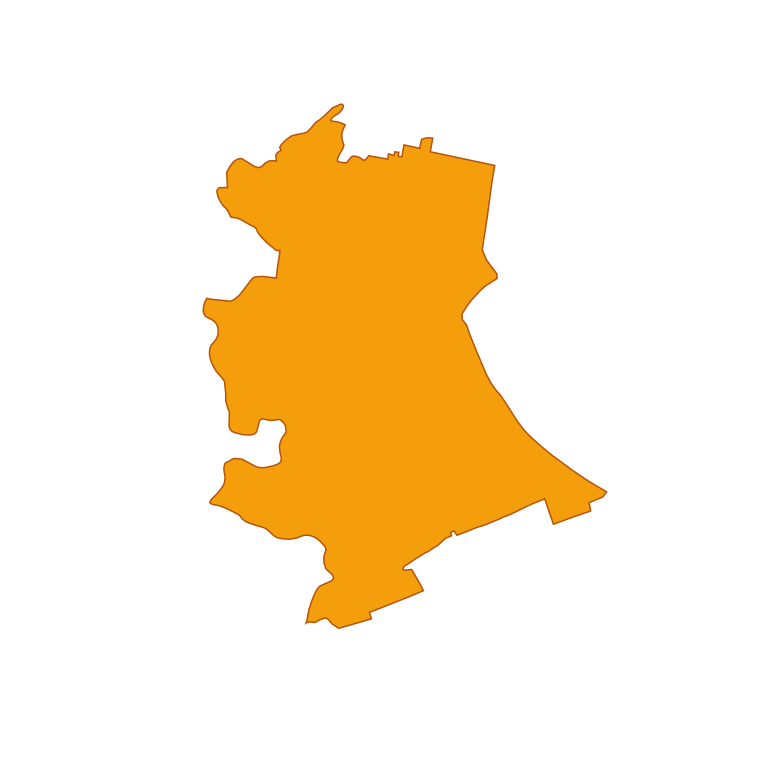 the district of Ninh Bình, Ninh Bình, Vietnam, rotated 32°
{"feature_id": "81297802B33091662264636", "entity_name": "Ninh Bình", "entity_type": "district", "adm_level": 2, "iso_a3": "VNM", "parent_name": "Vietnam", "parent_adm1": "Ninh Bình", "projection": "albers", "projection_center": [105.965, 20.245], "detail": "fine", "context": "isolated", "style": "filled", "palette": "amber", "viewbox_px": 768, "rotation_deg": 32, "n_neighbors": 0, "source": "geoboundaries", "source_scale": "gbopen_adm2", "svg_char_len": 5306}
<svg xmlns="http://www.w3.org/2000/svg" viewBox="0 0 768 768"><g transform="rotate(32 384 384)"><path d="M444.6,628.1L445.3,626.6L448.0,624.6L449.6,624.0L451.6,622.9L452.9,621.1L453.8,619.4L454.7,617.8L456.2,615.8L457.3,614.6L458.6,613.4L459.7,613.1L462.2,613.3L465.0,614.5L467.8,615.0L475.1,615.1L490.0,598.6L497.8,589.8L492.7,585.4L518.0,551.1L526.9,538.4L523.1,535.9L505.8,526.6L503.3,528.5L500.1,531.0L499.0,531.2L497.9,530.4L497.6,529.4L498.1,527.1L499.5,524.4L503.3,515.7L508.4,505.4L510.2,502.6L513.2,496.1L515.0,492.7L518.0,482.1L521.7,476.9L519.2,474.7L521.0,471.5L526.0,473.6L532.7,464.8L539.0,456.1L544.0,450.4L553.4,437.3L555.4,434.1L560.2,427.7L570.4,411.4L573.0,407.4L581.2,396.3L584.0,398.5L589.1,402.7L593.1,406.0L598.4,410.2L600.7,412.1L602.0,413.2L610.8,401.8L619.6,390.7L626.2,382.6L626.5,381.9L620.7,376.1L626.4,368.0L627.8,366.3L628.9,364.7L629.6,362.8L629.6,360.6L629.9,357.5L619.0,357.8L609.2,358.0L608.5,358.0L598.2,357.7L588.2,357.2L576.7,356.3L565.1,355.5L560.4,354.9L557.6,354.6L548.3,353.2L538.8,351.6L530.2,349.7L524.0,347.7L518.0,345.4L509.9,341.6L497.3,335.6L488.5,331.7L481.6,329.7L474.6,326.6L466.7,322.3L458.5,316.5L449.3,310.2L434.8,299.7L429.7,295.9L422.6,290.2L416.2,287.8L414.8,285.8L413.0,283.2L413.1,275.4L413.5,268.2L414.0,265.2L415.3,258.6L415.9,254.4L418.2,246.8L421.2,240.4L424.0,234.5L421.1,230.7L415.4,228.5L405.2,224.5L396.1,218.0L383.9,189.6L380.1,181.2L367.7,153.7L362.1,139.9L360.4,140.6L335.4,149.7L300.2,162.5L295.0,149.6L290.0,152.4L286.2,156.5L289.4,165.2L274.3,170.6L278.7,181.8L275.9,183.4L275.5,183.5L273.8,179.7L270.1,181.4L271.4,185.0L265.9,186.4L268.0,191.4L266.9,191.7L260.1,194.5L250.1,198.5L249.5,203.6L248.9,204.8L246.8,204.9L242.8,204.9L240.1,205.6L237.2,207.0L236.0,208.6L235.6,211.3L235.3,214.8L234.6,216.6L230.0,218.8L227.4,219.9L226.4,219.5L225.6,218.3L224.9,216.2L224.5,212.2L224.4,206.7L224.0,204.7L223.6,202.9L221.4,201.0L220.0,199.9L218.2,198.0L216.9,196.1L215.6,194.3L214.5,190.5L213.8,184.9L211.9,184.8L205.5,186.4L200.9,188.5L199.7,188.7L199.0,188.5L198.9,188.0L198.9,186.5L199.3,184.3L201.7,179.3L201.8,179.1L202.1,178.4L202.8,175.4L203.0,172.9L202.7,170.9L202.2,169.6L201.5,169.2L200.8,169.0L199.9,169.1L198.8,169.9L196.5,173.4L194.2,176.7L193.3,180.1L191.7,186.6L189.7,193.3L187.3,198.9L187.2,199.5L186.5,205.5L185.4,210.9L183.6,213.3L179.0,217.6L174.5,222.0L172.4,226.4L170.8,231.7L170.0,236.0L170.2,238.6L172.9,240.4L171.4,243.4L170.9,245.7L171.2,247.8L173.7,250.8L174.7,251.9L170.1,254.3L167.9,256.3L165.9,260.5L165.0,264.7L162.2,267.5L157.9,268.2L146.5,268.2L143.9,268.3L142.5,269.0L140.3,271.3L138.6,275.4L138.1,281.5L138.4,287.7L147.1,300.4L140.4,304.7L139.8,306.0L139.8,308.1L140.2,309.3L144.2,313.4L148.8,316.1L153.5,318.2L158.1,319.1L162.1,321.4L165.3,323.4L166.7,323.3L168.3,322.4L171.6,321.2L174.2,320.5L178.1,320.4L185.6,320.0L192.1,319.4L194.4,320.8L197.5,322.8L203.0,324.6L210.5,326.4L214.1,326.8L221.8,327.9L225.0,325.9L226.2,328.7L226.4,328.7L232.0,341.9L236.6,351.2L224.8,356.7L219.8,360.0L217.6,362.0L217.2,362.6L216.4,364.3L216.0,368.2L214.8,380.9L214.3,385.3L212.3,391.5L209.9,395.2L191.5,404.2L188.5,405.1L188.5,408.7L189.4,412.1L190.7,415.5L192.0,417.8L192.7,418.7L194.1,419.8L195.7,420.8L197.4,421.2L199.0,421.1L203.5,420.7L206.2,420.7L208.6,421.2L210.8,422.4L212.5,423.5L214.3,425.4L216.4,428.5L217.1,430.4L217.5,432.3L217.9,434.4L217.6,438.4L217.0,441.5L217.0,442.8L217.2,445.0L218.4,448.2L220.3,451.4L222.1,453.3L224.7,456.0L227.0,457.6L231.1,460.1L234.3,461.8L237.1,462.8L244.3,465.0L246.7,466.0L248.2,467.4L251.3,471.4L254.6,475.7L256.8,479.0L257.4,480.1L258.5,481.9L260.4,483.7L264.9,487.7L267.5,489.5L268.4,490.8L270.9,494.9L273.3,499.1L274.8,501.7L276.3,503.1L278.0,504.3L281.1,504.7L284.4,504.0L291.5,501.6L295.7,499.2L298.1,497.8L299.8,495.9L300.7,494.6L301.2,492.6L301.0,490.7L299.6,486.5L298.6,483.2L298.0,481.4L298.1,479.5L299.6,477.9L302.4,476.8L306.7,475.3L310.2,472.7L313.0,470.2L314.6,469.5L316.1,469.4L319.7,470.2L322.4,471.6L325.8,475.4L326.4,477.0L326.5,478.2L326.3,481.2L326.1,482.7L326.3,485.0L326.8,488.1L328.2,492.1L332.4,497.5L334.7,499.6L336.1,501.3L336.8,502.4L337.5,504.2L337.4,505.5L337.1,506.9L335.9,508.9L333.7,511.7L329.9,515.6L327.4,517.9L323.5,520.5L319.1,522.0L313.9,522.3L307.9,522.6L303.5,523.0L300.9,524.2L296.7,526.3L294.9,528.5L294.4,529.6L293.5,531.5L292.5,533.1L291.6,534.3L291.3,535.5L291.4,536.3L292.0,538.4L293.4,541.2L296.2,544.5L298.5,547.0L299.4,548.8L300.7,551.6L301.3,553.4L301.5,556.2L301.0,562.5L300.0,568.1L298.8,572.7L298.8,575.4L299.1,576.8L299.8,577.2L300.5,577.2L303.5,576.6L308.9,574.5L314.5,573.3L320.4,572.6L328.8,571.9L330.8,571.9L332.9,572.6L335.5,573.6L337.6,573.8L340.2,573.9L342.7,573.5L350.6,571.7L355.9,570.1L359.0,569.4L361.4,569.3L364.0,569.6L366.2,570.2L369.7,570.8L373.7,571.1L375.6,570.7L379.5,569.2L386.0,565.8L391.2,561.3L396.0,555.0L396.7,554.5L399.2,552.8L402.0,551.6L405.5,550.8L409.3,550.6L413.0,551.2L419.3,552.8L420.9,553.6L422.1,554.6L423.0,556.3L423.8,559.9L424.5,562.1L426.0,564.7L427.1,566.3L428.3,567.9L430.3,569.5L432.7,571.5L434.1,571.8L437.9,572.5L441.0,573.1L443.2,574.3L444.1,575.5L444.1,576.3L444.1,577.7L443.6,579.1L441.4,582.3L437.9,587.5L436.9,589.2L436.2,591.2L436.1,595.0L436.4,598.7L437.5,605.2L439.7,614.7L441.4,619.1L443.8,624.9L444.6,628.1Z" fill="#f59e0b" stroke="#b45309" stroke-width="1.5"/></g></svg>